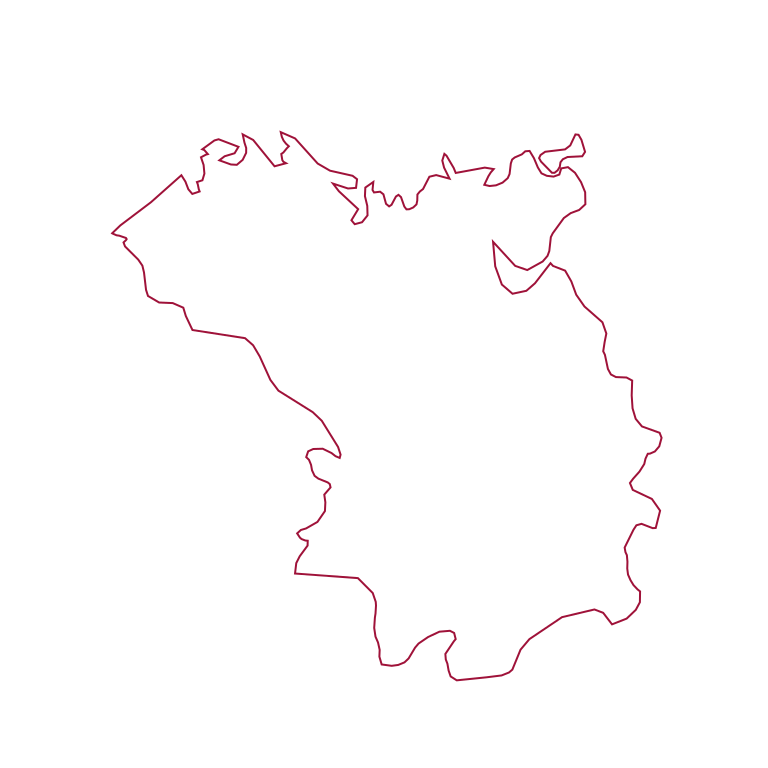 an SVG outline of Kymenlaakso, rotated 190°
{"feature_id": "FIN-3187", "entity_name": "Kymenlaakso", "entity_type": "Province", "adm_level": 1, "iso_a3": "FIN", "parent_name": "Finland", "parent_adm1": "", "projection": "orthographic", "projection_center": [26.947, 60.833], "detail": "fine", "context": "isolated", "style": "outline", "palette": "rose", "viewbox_px": 768, "rotation_deg": 190, "n_neighbors": 0, "source": "natural_earth", "source_scale": "10m", "svg_char_len": 3820}
<svg xmlns="http://www.w3.org/2000/svg" viewBox="0 0 768 768"><g transform="rotate(190 384 384)"><path d="M677.9,485.2L671.2,494.4L645.1,522.5L619.8,554.4L614.7,548.8L610.5,541.8L605.8,537.9L599.0,541.6L600.2,543.6L602.1,548.4L603.3,550.4L598.2,553.1L597.4,560.0L599.7,568.4L603.6,575.5L599.1,579.0L597.4,579.8L601.6,583.2L603.7,583.6L593.3,594.4L589.4,596.3L568.5,592.3L571.2,585.3L580.5,580.6L585.0,575.7L572.9,573.6L567.0,574.3L562.1,580.2L559.9,587.7L560.7,592.5L563.3,597.4L566.5,605.3L555.2,601.6L529.6,579.4L518.8,584.4L521.7,585.4L523.0,586.8L525.1,592.7L523.3,594.5L520.6,599.3L519.0,601.6L522.3,603.7L525.2,606.3L527.5,609.6L529.4,614.1L514.2,610.4L487.6,589.6L474.2,584.7L451.1,583.6L446.1,581.0L445.6,572.3L453.4,570.3L469.0,572.5L461.9,566.0L439.8,551.7L444.5,539.6L440.6,536.3L433.7,539.5L429.5,547.2L431.4,556.5L435.4,565.7L436.5,574.2L429.6,581.1L429.0,573.1L427.1,570.9L421.2,572.7L417.5,570.7L413.3,561.8L409.8,559.8L407.7,561.8L404.8,570.7L402.6,572.8L399.7,571.0L394.8,562.3L392.2,559.9L389.5,560.5L385.9,562.9L383.2,566.5L383.1,570.5L384.0,576.4L382.1,579.8L379.4,582.8L375.3,596.0L368.9,598.8L355.1,597.6L362.4,607.5L365.4,614.2L364.5,621.1L362.1,619.7L352.9,608.9L350.0,604.3L322.3,614.6L313.3,614.7L315.6,610.9L317.3,606.7L319.8,597.6L314.4,597.3L308.2,599.1L302.2,602.9L297.9,608.2L296.8,612.6L297.4,623.2L296.8,627.3L294.6,629.8L288.1,634.1L285.3,637.7L281.1,638.8L275.6,632.5L270.1,624.0L265.5,618.8L259.8,617.3L253.0,617.7L247.7,620.7L246.9,627.1L240.5,629.5L232.6,625.2L225.0,617.0L219.2,607.8L216.9,596.0L222.0,589.3L229.8,584.7L235.7,578.7L244.0,561.7L245.2,557.6L244.3,543.7L245.2,538.6L249.0,532.2L262.7,521.1L275.3,523.1L301.3,543.0L294.9,519.2L285.2,502.4L273.1,495.2L260.0,500.5L252.8,509.4L241.0,531.9L238.0,529.6L225.3,527.1L217.3,517.5L210.2,505.3L200.0,495.1L179.6,482.7L173.8,472.3L174.0,463.9L173.8,454.3L171.5,451.1L166.1,437.7L162.2,432.8L156.8,431.1L146.3,432.5L140.2,430.5L138.1,415.8L135.0,403.2L130.1,393.4L122.6,387.0L104.1,383.8L101.3,379.2L102.1,370.4L105.5,364.6L110.0,361.6L112.1,361.1L113.5,355.9L113.8,350.4L117.2,342.1L122.2,334.0L124.6,329.2L120.6,322.9L100.2,317.3L90.1,307.2L91.4,289.4L94.4,288.7L106.1,291.0L110.9,288.7L113.0,283.8L118.6,264.7L117.0,260.3L115.1,257.6L113.4,251.3L112.4,244.5L110.6,238.7L107.1,233.5L103.3,229.2L98.7,225.8L95.8,224.2L94.1,213.5L96.8,205.3L104.3,195.1L117.7,186.9L128.4,196.7L137.6,198.5L168.2,185.3L196.5,158.0L203.4,146.1L208.0,125.0L210.8,121.6L217.6,117.4L232.3,112.9L260.9,104.8L267.6,107.6L270.6,113.0L273.0,119.6L275.3,123.4L276.7,128.8L270.5,142.8L269.1,145.2L271.7,151.0L276.2,152.4L286.4,149.7L296.5,142.6L304.9,134.4L307.6,129.8L312.1,118.0L315.5,113.4L321.2,109.8L327.5,107.8L337.6,107.4L341.2,114.7L342.1,121.4L345.0,128.4L348.5,133.7L351.3,142.1L352.4,152.3L352.5,156.4L353.4,164.4L354.3,168.0L358.8,176.2L376.0,188.3L438.7,181.9L439.3,192.4L437.1,199.7L431.2,211.6L431.9,216.4L434.3,216.2L438.3,217.0L440.1,218.1L443.6,221.8L440.5,225.8L435.7,228.2L425.6,236.6L420.1,248.6L421.2,257.3L423.6,264.7L418.7,272.9L420.0,276.0L422.3,277.3L432.2,279.4L436.4,281.5L439.9,286.5L441.8,291.7L444.7,296.3L447.9,298.5L447.0,304.5L442.4,307.7L433.1,309.6L423.7,306.9L419.2,304.5L414.8,303.5L414.5,306.9L418.3,314.0L438.9,337.0L449.3,343.9L486.8,359.1L496.6,368.3L511.2,389.6L519.6,399.4L528.8,405.0L582.0,403.9L591.0,416.6L594.9,424.3L606.1,427.0L619.6,425.2L631.7,429.7L634.7,435.4L639.7,452.1L642.5,458.6L647.6,463.8L662.9,474.5L665.1,478.2L663.8,479.9L662.9,481.2L662.6,482.0L663.5,483.0L670.5,484.1L673.2,484.0L677.7,485.1L677.9,485.2ZM255.3,621.2L268.0,630.3L270.5,633.4L269.6,636.7L265.6,640.7L246.4,646.5L242.0,651.3L238.8,663.0L235.7,663.2L232.0,658.8L226.3,647.5L228.3,642.7L242.7,639.4L246.9,636.4L248.7,633.0L248.6,628.5L250.1,624.6L252.7,621.6L255.3,621.2Z" fill="none" stroke="#9f1239" stroke-width="2"/></g></svg>